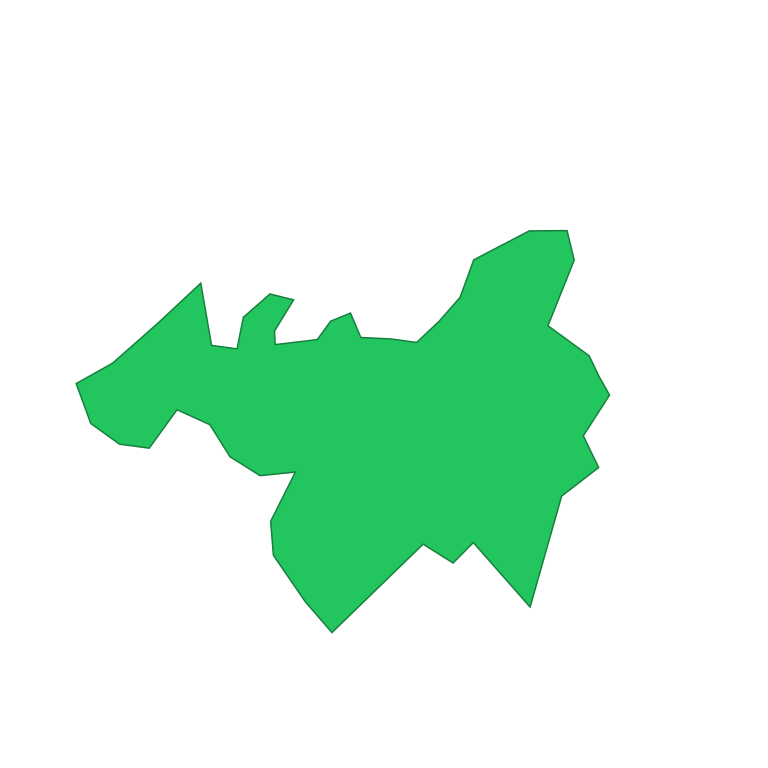 SVG path tracing the border of Strencu, rotated 126°
{"feature_id": "LVA-5795", "entity_name": "Strencu", "entity_type": "Municipality", "adm_level": 1, "iso_a3": "LVA", "parent_name": "Latvia", "parent_adm1": "", "projection": "albers", "projection_center": [25.772, 57.614], "detail": "fine", "context": "isolated", "style": "filled", "palette": "green", "viewbox_px": 768, "rotation_deg": 126, "n_neighbors": 0, "source": "natural_earth", "source_scale": "10m", "svg_char_len": 747}
<svg xmlns="http://www.w3.org/2000/svg" viewBox="0 0 768 768"><g transform="rotate(126 384 384)"><path d="M364.5,464.1L346.3,452.8L360.0,430.1L343.3,404.6L331.2,382.0L300.9,376.3L269.1,373.4L230.8,384.4L211.3,374.7L174.8,356.5L152.3,326.1L172.0,302.9L240.5,285.6L240.6,234.6L251.3,214.8L260.4,195.0L308.8,192.3L325.4,161.2L370.2,174.4L478.6,134.7L459.8,218.5L488.2,222.9L490.6,258.2L615.7,280.0L606.4,319.8L587.6,372.8L561.7,395.0L507.3,403.9L531.0,430.4L533.4,465.7L519.3,501.0L526.5,536.3L573.9,536.2L588.2,562.7L588.3,598.0L564.6,633.3L526.6,615.8L467.3,602.6L410.1,591.5L454.1,546.2L442.0,523.5L412.7,537.0L378.2,529.2L369.1,506.6L405.5,503.7L416.1,495.2L387.3,464.1L364.5,464.1Z" fill="#22c55e" stroke="#15803d" stroke-width="1.5"/></g></svg>